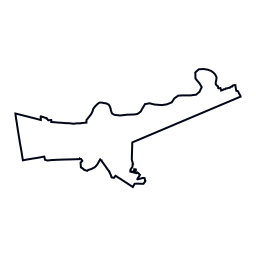 Salas pag., Babites, Latvia
{"feature_id": "27541924B71610578089497", "entity_name": "Salas pag.", "entity_type": "district", "adm_level": 2, "iso_a3": "LVA", "parent_name": "Latvia", "parent_adm1": "Babites", "projection": "albers", "projection_center": [23.659, 56.92], "detail": "fine", "context": "isolated", "style": "outline", "palette": "ink", "viewbox_px": 256, "rotation_deg": 0, "n_neighbors": 0, "source": "geoboundaries", "source_scale": "gbopen_adm2", "svg_char_len": 4638}
<svg xmlns="http://www.w3.org/2000/svg" viewBox="0 0 256 256"><path d="M235.4,85.6L235.4,85.2L234.4,85.1L232.8,85.5L232.7,85.5L232.4,85.7L232.2,86.5L230.5,87.0L229.9,87.6L229.8,87.8L228.4,87.9L227.0,88.4L225.6,88.5L225.2,89.1L224.7,89.2L223.7,89.3L222.7,90.0L221.9,90.3L221.8,90.1L221.5,89.9L221.1,90.2L221.0,89.6L220.8,89.0L220.7,88.9L220.5,88.5L220.3,88.3L220.3,88.1L220.0,88.2L219.8,88.2L219.2,88.3L218.7,88.3L218.2,88.1L218.1,87.6L218.0,86.4L217.2,85.9L216.4,85.2L215.9,84.4L215.7,83.1L215.7,82.7L215.9,81.5L216.3,79.8L216.5,77.9L216.5,77.3L216.3,76.7L215.4,74.9L215.1,74.4L214.0,73.2L212.8,72.1L212.2,71.7L210.8,70.8L210.2,70.6L207.9,69.7L203.4,69.0L198.8,69.3L195.3,72.5L195.5,78.6L199.6,83.5L201.7,87.1L199.5,91.8L196.1,94.7L193.6,95.0L192.6,95.1L190.8,95.4L182.3,95.4L181.1,95.5L178.3,95.6L174.4,98.3L171.7,102.4L166.9,104.3L166.7,104.4L161.7,105.1L154.3,104.5L149.7,103.3L145.0,104.1L141.4,110.2L140.9,111.3L138.7,113.2L137.1,114.0L134.1,114.5L127.2,114.7L120.0,115.5L119.3,115.4L114.6,114.9L112.5,113.8L111.7,112.8L110.8,110.0L110.7,108.8L110.3,107.8L110.1,107.3L109.9,106.8L109.5,106.0L109.3,105.5L108.8,104.8L108.3,104.5L107.6,104.0L107.2,103.8L106.4,103.5L106.2,103.4L104.2,103.1L103.6,103.0L102.3,102.7L101.7,102.6L100.5,102.5L100.2,102.5L99.9,102.6L98.6,103.1L98.2,103.5L97.2,104.3L96.8,104.7L95.7,105.8L95.2,106.3L94.9,106.7L94.6,107.1L94.2,107.6L93.9,108.0L93.4,108.7L93.1,109.3L92.8,110.3L92.7,110.9L92.2,112.0L92.0,112.5L91.4,113.6L91.1,114.1L90.4,115.2L90.0,115.6L89.1,116.8L86.5,120.0L86.4,122.6L84.4,122.8L81.1,123.1L80.5,123.3L79.6,123.3L79.1,123.3L77.8,123.3L76.3,123.4L75.7,123.5L75.2,123.6L74.5,123.6L73.3,123.8L71.7,123.5L70.2,123.4L69.4,123.2L67.9,123.2L65.5,123.1L65.0,123.1L64.1,123.0L62.0,122.8L60.2,122.7L58.7,122.6L57.1,122.5L55.4,122.3L54.1,122.2L52.4,122.1L51.2,122.0L51.2,121.9L51.4,120.3L51.3,120.0L49.8,120.1L48.6,120.3L48.3,120.3L47.8,119.7L47.1,118.8L46.5,118.6L46.5,118.1L44.4,117.5L41.9,116.7L40.8,116.3L40.7,116.4L40.7,116.6L40.7,117.3L40.8,118.8L40.8,119.6L40.8,119.9L40.8,120.0L38.6,119.4L37.1,119.0L35.9,118.7L32.5,117.8L29.2,117.0L26.2,116.2L23.3,115.5L22.1,115.2L19.0,114.4L15.4,113.5L15.4,113.8L15.4,114.2L15.7,115.9L16.1,119.0L16.3,120.0L16.7,122.4L17.0,124.1L17.0,124.7L17.5,127.5L17.9,130.4L18.2,132.1L18.2,132.5L18.4,133.2L18.5,134.1L18.5,134.3L18.8,135.8L19.0,137.0L19.4,139.5L19.7,141.3L19.8,142.3L20.1,143.9L20.9,148.2L21.3,150.7L21.6,152.1L21.8,153.7L22.1,155.6L22.9,160.3L27.7,159.4L29.1,159.2L33.7,158.4L35.2,158.2L39.5,157.5L40.5,157.3L40.9,157.2L41.5,157.1L44.3,156.6L45.0,159.8L47.3,160.5L52.3,160.0L53.1,160.0L56.7,159.8L65.6,159.5L70.7,159.4L79.4,159.1L79.6,158.8L79.7,159.0L79.8,159.1L80.3,159.1L80.9,159.0L81.0,159.0L82.3,160.9L80.6,162.7L80.6,163.2L80.6,163.3L80.6,163.7L80.7,164.3L80.7,164.5L80.7,165.0L80.8,166.0L80.9,166.8L80.9,167.4L81.4,167.7L82.1,168.1L82.4,168.3L83.2,168.7L83.3,168.8L83.2,169.0L84.2,169.9L85.2,170.2L87.2,170.8L88.0,170.1L89.7,169.5L91.5,169.0L93.0,168.1L94.6,167.4L96.3,165.7L97.3,164.4L98.3,162.7L99.2,161.0L100.2,159.4L101.0,160.2L101.3,160.5L101.6,160.5L101.6,160.9L104.3,164.7L104.8,165.4L105.3,166.0L105.9,166.9L106.3,167.5L106.9,168.3L107.2,168.8L107.3,168.9L107.3,169.0L107.6,169.4L107.9,169.8L108.7,170.7L109.4,172.1L109.5,172.0L109.6,172.3L110.3,174.0L110.8,175.0L111.6,177.4L113.7,177.8L113.9,177.8L114.0,177.8L115.5,175.8L116.9,176.6L118.4,177.7L118.5,177.7L119.1,178.1L120.8,179.1L122.2,180.1L123.9,181.1L124.8,181.8L126.0,182.5L128.4,184.1L130.8,185.7L131.5,186.1L131.8,186.3L132.8,187.0L133.6,185.5L133.7,185.4L134.3,184.4L134.5,184.0L134.7,183.8L134.9,183.4L135.0,183.1L135.0,183.3L135.1,183.5L135.3,183.7L135.5,183.7L136.0,183.7L137.3,183.7L138.1,183.7L139.3,183.7L142.0,183.8L142.6,183.8L143.4,183.8L143.5,183.7L145.2,181.4L145.3,180.8L145.0,180.7L144.7,178.2L143.9,177.9L143.3,178.0L142.4,178.0L141.7,178.3L141.1,178.4L140.3,178.5L140.0,178.7L139.7,178.8L139.2,178.9L138.7,179.0L137.7,179.3L137.4,179.3L137.3,179.2L137.7,178.4L139.1,176.2L139.9,174.8L138.5,173.4L137.5,172.5L136.6,173.2L135.4,172.9L135.3,172.6L135.5,172.1L135.7,170.9L135.9,170.3L135.8,169.4L134.5,169.2L134.6,169.8L134.9,169.8L135.0,170.7L133.9,170.4L133.5,171.6L134.9,171.9L134.8,172.7L132.1,172.1L132.1,171.7L131.8,171.6L131.6,171.9L130.3,171.6L130.3,170.8L130.3,170.7L130.5,169.6L130.9,169.0L131.2,168.5L132.3,167.2L132.5,166.2L132.6,164.4L133.0,164.2L132.9,163.9L132.5,162.1L132.2,161.0L132.1,160.9L131.8,159.3L131.8,159.0L132.3,142.4L240.6,96.6L240.4,95.8L238.6,92.6L238.5,92.3L238.3,91.9L238.1,91.5L237.8,91.2L237.5,91.0L237.1,90.9L236.6,90.9L236.4,90.8L236.2,90.7L236.2,90.4L235.7,87.5L235.4,85.6Z" fill="none" stroke="#020617" stroke-width="2"/></svg>